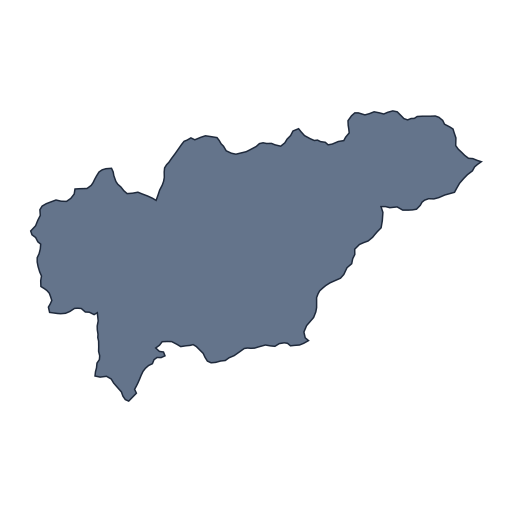 outline of Taquaritinga, São Paulo, Brazil
{"feature_id": "56859067B88772745277666", "entity_name": "Taquaritinga", "entity_type": "district", "adm_level": 2, "iso_a3": "BRA", "parent_name": "Brazil", "parent_adm1": "São Paulo", "projection": "mercator", "projection_center": [-48.54, -21.441], "detail": "fine", "context": "isolated", "style": "filled", "palette": "slate", "viewbox_px": 512, "rotation_deg": 0, "n_neighbors": 0, "source": "geoboundaries", "source_scale": "gbopen_adm2", "svg_char_len": 3568}
<svg xmlns="http://www.w3.org/2000/svg" viewBox="0 0 512 512"><path d="M75.0,189.0L74.2,194.0L70.8,198.4L66.5,201.4L61.1,201.2L56.0,200.0L50.1,202.2L46.2,203.7L42.1,206.1L39.9,209.7L40.3,215.4L37.8,220.3L35.6,225.8L30.7,231.0L32.0,234.8L35.6,237.5L37.9,241.9L40.7,244.1L40.3,248.9L39.1,253.7L37.2,257.7L37.2,262.0L38.1,266.6L39.7,271.9L41.5,276.0L40.7,280.7L40.9,286.5L44.3,288.6L46.9,290.5L49.3,293.2L50.6,296.7L51.8,300.5L50.1,304.2L48.4,307.1L49.6,312.4L57.6,313.5L60.7,313.7L65.5,313.3L69.8,311.5L74.5,308.4L77.7,308.2L81.3,308.5L85.3,312.0L89.3,312.2L94.1,314.6L97.3,312.7L98.2,320.9L97.2,326.0L97.3,329.8L98.0,334.2L97.8,337.6L98.6,341.1L98.7,346.8L98.6,351.3L99.7,355.8L99.4,359.6L97.0,363.1L96.5,367.9L95.5,371.7L95.0,376.0L100.1,377.1L106.5,376.3L111.2,379.0L113.7,383.1L119.0,389.2L121.4,391.9L122.9,396.1L125.3,399.6L128.7,401.1L132.8,396.9L136.4,393.2L134.6,389.3L136.2,386.4L137.9,383.0L139.7,378.9L141.1,375.4L143.0,371.4L145.4,368.3L148.6,365.5L152.4,363.7L154.0,359.7L157.0,357.5L161.1,357.6L165.0,355.8L163.5,352.0L159.4,351.4L155.7,348.0L159.5,345.2L162.2,341.7L167.2,341.5L171.7,341.6L176.9,344.3L180.7,346.6L185.8,345.8L190.1,345.4L193.1,344.6L196.3,346.5L199.4,349.6L203.2,353.4L205.0,357.3L207.4,361.1L211.1,362.8L215.6,362.4L220.7,361.0L225.3,360.5L229.0,357.8L234.2,355.6L239.9,351.6L244.2,348.5L247.5,348.0L250.9,348.3L254.6,348.1L258.2,347.0L265.4,345.0L270.6,345.9L274.9,346.3L279.3,343.6L284.3,342.8L287.5,343.3L290.5,345.8L294.2,345.4L299.5,345.0L303.7,343.3L308.5,340.6L305.2,337.8L303.9,332.0L306.6,325.6L313.6,317.5L315.8,311.9L316.6,307.6L316.6,302.1L316.6,297.6L318.1,293.7L319.7,290.8L322.8,288.0L325.8,285.5L330.1,282.8L335.5,280.4L340.5,278.2L343.8,274.5L347.0,267.7L351.7,263.7L352.7,258.7L354.8,254.5L354.7,249.2L359.4,244.5L363.7,242.6L368.1,241.0L372.6,237.3L374.6,234.8L377.2,231.8L381.1,227.8L382.3,220.8L382.9,212.4L381.0,206.6L385.7,206.6L389.8,207.7L397.1,206.9L402.7,210.1L408.6,210.1L412.4,209.9L416.5,209.2L420.3,205.3L422.0,202.2L424.5,200.2L428.6,198.7L433.9,198.9L438.8,197.6L444.8,195.0L454.5,192.3L457.0,187.7L459.6,183.2L463.8,178.4L467.5,174.6L472.4,170.9L474.6,166.9L477.4,164.5L481.3,161.7L477.5,160.5L472.8,158.6L468.5,158.3L464.7,155.4L461.6,152.3L458.2,149.1L455.7,145.6L455.9,137.9L454.1,132.6L453.0,129.0L449.9,127.0L444.5,124.2L442.7,120.4L438.9,117.3L435.3,116.0L430.7,116.2L422.7,116.2L417.2,116.5L414.3,118.4L411.1,118.5L407.6,119.9L403.9,118.6L401.2,115.8L397.2,111.8L392.8,110.9L387.7,112.3L383.8,114.0L379.2,112.8L374.1,111.8L369.3,113.7L364.9,114.9L358.4,112.9L354.8,112.9L351.5,115.8L348.0,120.7L348.2,125.3L348.8,129.2L349.2,132.9L345.6,137.2L343.8,140.6L338.3,141.5L332.2,144.1L328.1,144.8L325.3,142.3L320.5,141.6L317.5,140.1L314.3,140.5L310.0,138.6L304.5,135.6L300.9,131.6L298.6,128.7L293.0,131.0L290.6,135.6L287.1,139.1L284.8,142.9L280.7,146.2L274.9,144.8L271.5,143.4L266.6,143.5L263.1,142.8L259.4,143.6L256.2,146.5L249.6,150.0L246.2,151.7L235.9,154.2L231.3,153.2L226.2,150.8L223.5,146.2L221.1,143.8L219.2,140.5L217.0,137.6L210.9,136.6L205.4,135.8L200.8,137.3L194.8,139.8L190.9,137.9L187.1,140.1L184.1,141.3L181.7,144.3L175.1,153.7L171.5,158.5L168.9,162.3L166.6,164.7L164.6,167.9L164.2,171.9L164.3,177.5L163.6,181.3L162.3,185.0L159.7,190.0L158.0,195.1L156.1,200.4L152.4,198.2L147.6,196.0L141.8,193.8L137.9,192.2L132.6,193.2L127.1,193.6L123.8,190.7L120.9,187.0L117.8,184.3L115.9,181.5L113.8,175.6L113.2,172.0L111.5,168.3L106.0,168.7L102.2,169.8L99.0,172.0L96.5,176.0L94.7,179.3L93.1,182.6L91.2,185.4L87.0,188.5L79.7,188.7L75.0,189.0Z" fill="#64748b" stroke="#1e293b" stroke-width="1.5"/></svg>